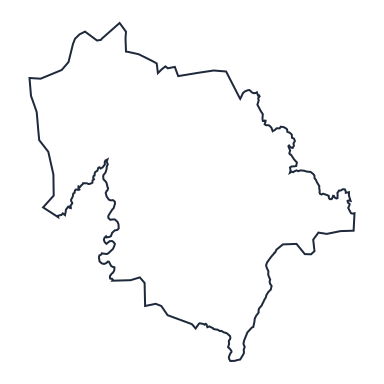 Dioila, Koulikoro, Mali
{"feature_id": "8926073B3838133103629", "entity_name": "Dioila", "entity_type": "district", "adm_level": 2, "iso_a3": "MLI", "parent_name": "Mali", "parent_adm1": "Koulikoro", "projection": "natural_earth1", "projection_center": [-6.702, 12.317], "detail": "fine", "context": "isolated", "style": "outline", "palette": "slate", "viewbox_px": 384, "rotation_deg": 0, "n_neighbors": 0, "source": "geoboundaries", "source_scale": "gbopen_adm2", "svg_char_len": 5420}
<svg xmlns="http://www.w3.org/2000/svg" viewBox="0 0 384 384"><path d="M256.9,92.3L255.7,93.0L253.8,93.2L252.0,92.5L250.1,90.6L249.2,90.0L247.4,90.4L245.1,91.3L243.2,92.8L242.3,94.5L241.6,96.1L240.2,98.9L240.0,98.6L226.1,71.5L213.7,70.5L198.3,72.8L178.2,76.1L174.8,66.9L167.8,68.3L165.4,66.4L162.1,69.0L157.9,73.1L156.7,63.4L152.3,61.0L138.6,54.2L127.7,51.8L126.0,51.6L125.5,38.3L126.0,31.7L119.6,23.0L101.9,38.6L100.9,39.9L97.0,40.5L85.0,31.6L79.5,34.4L75.0,38.8L73.0,43.9L68.5,62.1L61.7,70.0L40.6,78.7L29.5,78.0L31.0,95.9L33.7,103.4L36.7,112.1L38.0,127.0L38.0,127.5L39.2,140.1L48.3,151.8L53.4,174.5L53.7,195.6L43.1,207.4L57.0,216.4L58.2,217.2L58.0,215.8L59.2,215.4L61.4,215.0L62.8,213.4L63.7,214.1L65.0,215.1L65.2,213.7L65.7,212.0L65.8,210.5L65.9,209.8L66.3,209.2L67.8,207.2L68.2,206.6L68.6,206.6L69.0,207.1L69.6,207.8L70.8,208.1L70.8,207.1L70.5,205.5L71.1,204.9L71.5,204.5L72.3,203.1L71.6,201.8L71.2,201.0L71.1,200.4L71.1,199.7L72.7,196.7L73.3,193.5L74.6,192.8L74.7,191.5L75.1,190.3L75.9,189.5L78.8,189.9L79.4,189.5L78.4,187.8L78.5,186.4L80.0,187.0L81.2,185.5L82.7,184.2L83.1,183.2L86.8,183.3L88.8,184.1L91.2,183.4L92.4,182.7L92.6,180.3L94.0,179.3L93.1,177.9L93.7,175.8L94.6,175.5L94.7,173.4L95.3,172.0L97.3,170.8L98.4,167.7L99.0,167.5L99.5,167.3L100.0,167.8L100.6,168.5L102.6,167.4L104.9,164.4L104.7,162.3L105.4,160.5L106.9,159.8L107.4,159.5L106.8,161.4L106.8,161.7L106.8,161.9L107.8,164.4L106.8,166.3L106.5,169.5L105.4,172.7L103.4,175.1L103.2,176.4L103.4,178.9L103.4,179.1L103.6,179.4L106.2,182.1L107.1,185.0L107.2,185.7L107.4,186.7L108.1,188.2L107.4,190.4L106.7,190.9L105.7,192.9L106.6,196.4L108.9,199.7L111.0,200.4L112.9,200.1L114.8,201.6L115.0,203.6L113.6,208.2L112.3,209.5L108.8,215.0L108.3,216.2L108.3,217.8L109.6,219.2L110.2,219.8L111.9,219.5L114.3,219.4L115.2,219.7L117.6,222.0L118.5,224.3L118.7,228.4L117.5,229.8L114.6,230.5L112.1,232.9L110.9,236.2L109.2,236.9L106.6,237.4L106.1,236.3L105.2,237.0L104.3,238.2L103.9,239.9L104.7,242.1L105.7,243.1L106.4,243.8L109.8,241.1L110.9,241.1L112.0,241.0L113.5,242.0L114.9,243.9L114.3,245.9L113.0,248.9L112.1,249.7L109.8,251.9L108.5,253.1L107.0,254.0L103.9,253.7L101.9,253.3L101.3,254.5L99.4,255.5L98.9,257.2L99.6,261.5L101.2,262.9L102.5,263.7L104.4,263.9L106.4,263.0L107.8,261.6L108.9,261.7L111.2,266.1L112.9,266.9L114.3,267.2L114.5,267.7L114.2,270.6L113.0,272.6L111.5,273.9L110.1,275.8L109.9,277.3L110.1,278.5L111.1,278.8L112.0,278.8L112.9,279.8L112.8,280.1L112.4,280.7L130.6,280.2L139.8,277.4L144.6,282.9L145.1,306.0L155.7,303.8L161.3,306.0L167.6,315.2L191.8,324.1L193.3,325.7L195.6,328.5L198.8,323.9L199.6,323.3L201.5,323.6L202.1,323.7L202.5,323.8L203.9,324.2L204.2,324.5L204.5,324.7L205.0,324.2L205.8,323.8L206.5,324.4L206.8,325.4L207.2,326.7L207.4,327.2L208.4,326.8L209.3,326.4L211.7,327.6L212.2,327.8L212.9,328.1L213.5,328.9L213.5,329.0L213.8,329.1L216.1,329.5L217.7,329.7L219.7,331.0L221.4,330.9L223.7,332.3L226.6,333.1L230.0,336.0L230.4,337.9L230.0,339.3L229.1,340.3L228.8,341.5L229.1,343.9L228.1,347.2L229.8,348.7L230.9,350.2L231.5,351.2L231.3,352.4L230.3,353.4L229.5,355.4L228.8,357.3L229.2,359.0L230.3,361.0L232.9,360.9L235.2,360.8L236.7,360.2L240.2,359.5L243.3,354.4L244.0,352.5L243.7,349.7L244.7,347.0L244.7,346.8L244.1,345.6L243.8,345.0L243.5,343.2L243.8,341.9L244.3,340.1L247.4,332.4L251.9,327.5L253.3,327.0L254.4,321.9L254.7,318.9L256.0,316.0L258.7,312.4L258.5,311.0L258.9,308.9L259.6,307.9L261.6,305.6L262.4,303.8L263.2,302.4L264.5,299.5L265.7,297.7L266.4,295.1L267.3,293.7L268.0,292.5L268.1,292.3L270.8,289.5L271.6,285.9L270.0,283.6L269.6,281.5L270.2,279.6L269.5,278.1L268.2,274.7L268.4,271.4L266.6,267.4L266.1,265.2L267.0,262.6L268.2,260.9L271.3,256.6L274.3,253.2L274.3,252.8L274.7,252.6L275.2,252.4L276.4,249.7L282.9,244.4L296.5,243.9L304.8,254.1L311.0,254.3L314.5,251.1L313.2,239.7L318.4,232.6L326.7,233.9L340.5,231.1L353.6,230.7L354.5,213.2L352.7,213.6L351.1,213.3L348.8,209.1L348.2,207.8L349.3,205.8L349.6,203.9L348.2,202.9L347.7,201.8L347.6,200.8L348.9,200.5L350.6,200.9L349.8,198.5L348.9,195.3L349.0,192.2L347.5,192.5L345.8,192.8L345.8,192.3L345.6,191.0L344.9,189.4L342.9,189.2L340.7,190.5L339.0,190.6L337.4,193.0L337.6,195.0L337.6,195.7L337.5,197.3L337.5,198.1L336.6,198.5L335.7,198.1L334.5,197.3L333.9,195.9L333.1,195.8L332.8,196.8L332.3,197.9L331.6,199.1L330.7,199.1L329.7,199.1L328.9,197.9L328.7,195.8L326.9,195.0L325.1,194.4L323.1,193.7L321.6,194.5L320.2,194.0L319.5,192.4L319.7,190.7L319.2,188.2L319.2,187.6L319.3,186.1L316.9,182.2L315.9,179.8L314.6,178.4L314.4,175.5L313.1,173.9L310.5,171.9L306.8,171.6L304.0,170.7L300.3,170.4L298.4,171.2L296.7,170.4L295.0,171.0L293.1,172.2L291.7,171.7L289.9,172.8L290.6,170.6L290.0,167.5L291.5,166.5L294.5,166.3L296.2,166.0L296.5,164.5L296.9,162.5L294.0,159.3L291.0,154.7L290.1,154.5L289.8,154.0L289.3,153.3L289.6,152.4L290.1,150.5L288.7,147.0L288.4,146.2L289.1,145.5L290.0,146.8L291.7,147.8L292.7,147.9L293.9,145.7L293.5,143.4L294.9,141.0L294.0,138.6L292.0,137.8L291.8,134.7L291.5,134.3L289.7,132.7L287.4,131.9L287.0,129.3L285.7,128.2L283.6,127.1L280.8,126.7L279.7,128.3L276.6,128.3L275.1,129.8L272.7,131.2L271.4,127.7L269.4,125.6L268.2,125.2L266.0,125.2L265.1,124.6L264.6,124.2L265.0,123.1L265.4,122.1L265.6,120.7L265.0,120.5L264.2,121.0L262.9,121.0L262.6,119.8L262.5,118.4L262.8,114.1L261.0,111.5L258.2,106.2L257.4,104.7L258.7,100.4L258.2,98.2L259.0,97.2L259.6,96.3L258.9,95.2L258.5,95.3L258.0,95.5L257.5,94.1L257.2,93.2L257.0,92.6L256.9,92.3Z" fill="none" stroke="#1e293b" stroke-width="2"/></svg>